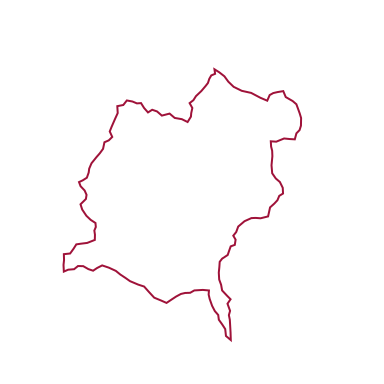 Votorantim, São Paulo, Brazil (Equal Earth projection), rotated 300°
{"feature_id": "56859067B56260207434009", "entity_name": "Votorantim", "entity_type": "district", "adm_level": 2, "iso_a3": "BRA", "parent_name": "Brazil", "parent_adm1": "São Paulo", "projection": "equal_earth", "projection_center": [-47.411, -23.585], "detail": "fine", "context": "isolated", "style": "outline", "palette": "rose", "viewbox_px": 384, "rotation_deg": 300, "n_neighbors": 0, "source": "geoboundaries", "source_scale": "gbopen_adm2", "svg_char_len": 2157}
<svg xmlns="http://www.w3.org/2000/svg" viewBox="0 0 384 384"><g transform="rotate(300 192 192)"><path d="M309.5,150.1L305.9,152.9L302.6,150.4L298.6,150.4L294.4,151.3L290.7,150.8L284.1,149.6L277.0,147.5L272.2,147.3L267.8,145.5L264.9,150.3L259.9,151.9L256.7,153.4L250.4,153.2L250.0,146.8L247.5,140.0L248.7,133.4L243.1,127.7L244.3,121.4L243.3,116.4L238.9,114.1L240.8,108.5L243.5,103.4L241.2,100.0L240.6,95.2L238.7,89.8L233.0,89.0L229.0,84.4L223.2,88.2L216.9,88.8L208.1,89.8L203.3,90.5L199.8,95.4L195.1,94.1L191.3,91.3L184.9,93.4L179.4,92.8L174.3,91.8L166.6,90.6L160.8,91.3L157.2,92.8L151.8,93.8L147.4,91.5L144.1,89.2L141.3,92.6L139.6,98.3L136.8,102.1L132.9,103.6L125.6,101.6L121.9,105.7L118.6,112.4L117.2,118.2L116.9,123.9L113.6,126.2L109.8,126.7L106.5,129.3L101.9,131.8L95.5,126.7L91.5,121.4L88.8,118.0L83.7,117.8L77.8,117.2L74.1,112.1L69.1,115.2L64.6,117.2L59.0,120.8L62.8,123.6L66.2,128.5L70.9,130.3L73.4,134.9L73.4,140.8L74.4,145.7L78.7,147.8L83.5,150.9L84.9,157.8L85.6,165.5L84.7,171.1L84.3,177.5L83.8,182.9L84.9,191.7L86.2,197.8L83.9,204.7L81.6,212.1L82.6,219.8L83.2,225.4L89.1,228.3L93.5,230.5L98.2,233.4L101.1,236.5L103.8,240.8L107.9,243.2L112.6,250.3L115.2,255.9L111.5,257.7L108.2,260.8L103.5,266.3L100.3,271.3L98.6,276.2L94.8,279.1L92.4,284.4L89.9,289.3L84.3,293.4L83.2,299.6L89.5,295.7L95.6,291.7L100.3,288.6L103.8,285.5L108.1,284.4L113.0,278.6L118.4,279.0L119.7,274.2L121.8,267.3L126.2,263.6L129.8,259.3L135.6,255.5L140.7,253.2L145.4,250.9L149.3,251.4L155.3,254.4L160.4,253.4L164.3,252.7L167.6,255.5L172.5,253.6L174.8,249.6L179.4,250.3L185.2,249.3L193.0,252.1L199.1,256.5L201.4,260.1L203.5,264.5L208.9,270.1L217.7,267.3L223.2,269.1L227.6,270.1L232.3,269.5L236.2,271.6L241.0,268.5L244.6,263.1L245.6,257.8L248.3,252.1L254.9,247.5L263.2,243.7L267.8,240.8L270.9,237.8L275.3,234.9L277.7,239.8L284.4,245.0L286.7,250.1L289.0,254.7L295.0,253.1L299.4,254.2L303.9,253.2L310.6,249.5L313.9,246.0L317.2,242.1L320.2,238.5L321.1,233.7L321.1,225.7L325.0,220.6L321.2,216.0L318.3,212.9L314.8,210.8L308.7,211.5L307.8,204.2L307.4,193.7L304.5,184.5L303.9,175.5L305.7,168.3L308.4,162.2L309.3,155.7L309.5,150.1Z" fill="none" stroke="#9f1239" stroke-width="2"/></g></svg>